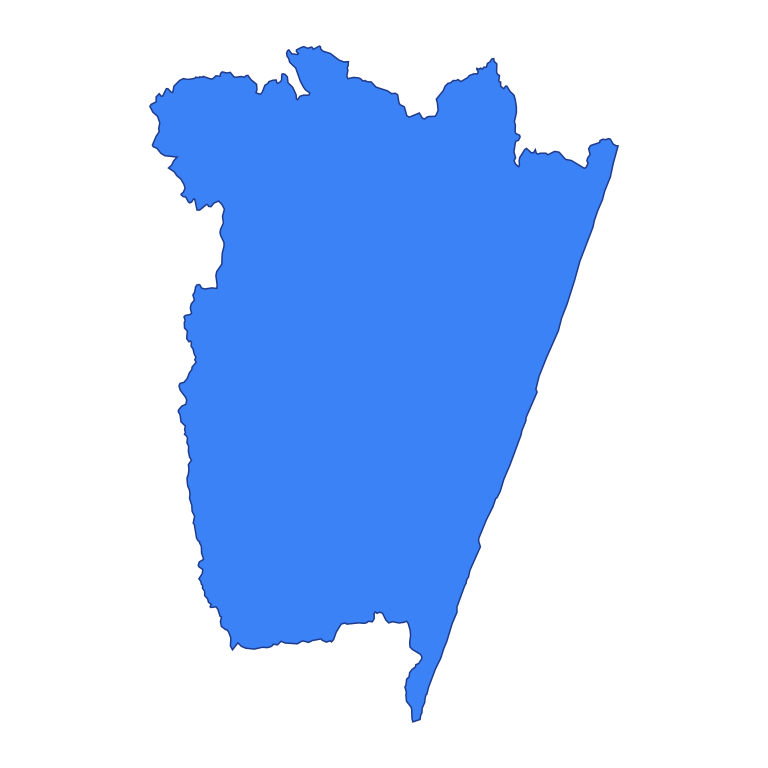 outline of Manakara Atsimo, Vatovavy-Fitovinany, Madagascar
{"feature_id": "10022922B29911348985828", "entity_name": "Manakara Atsimo", "entity_type": "district", "adm_level": 2, "iso_a3": "MDG", "parent_name": "Madagascar", "parent_adm1": "Vatovavy-Fitovinany", "projection": "natural_earth1", "projection_center": [47.828, -21.964], "detail": "fine", "context": "isolated", "style": "filled", "palette": "blue", "viewbox_px": 768, "rotation_deg": 0, "n_neighbors": 0, "source": "geoboundaries", "source_scale": "gbopen_adm2", "svg_char_len": 5982}
<svg xmlns="http://www.w3.org/2000/svg" viewBox="0 0 768 768"><path d="M159.2,93.7L156.1,97.0L156.2,101.8L151.1,104.4L149.9,106.4L152.9,112.2L157.6,116.4L159.8,122.9L158.7,128.4L159.1,131.9L156.2,136.2L152.4,145.1L153.2,146.7L156.8,148.2L161.0,153.4L164.8,155.7L177.1,157.1L173.6,160.9L171.8,165.0L168.5,168.0L174.2,171.8L176.9,175.8L180.9,179.1L184.0,184.5L185.1,188.3L183.2,192.4L181.2,194.0L181.1,194.8L183.2,196.6L185.8,197.1L188.3,201.8L189.7,202.9L191.6,202.0L193.6,198.9L194.8,199.4L197.0,210.0L199.7,210.1L206.5,204.5L207.6,204.6L208.6,206.4L211.0,206.7L213.9,203.1L218.7,201.0L222.1,204.8L224.4,209.2L222.5,216.3L223.4,223.0L220.6,229.3L220.0,232.4L220.6,235.4L224.0,242.5L224.0,246.3L222.2,253.5L221.8,264.1L216.7,271.6L215.9,275.6L217.1,284.8L216.8,288.4L211.7,287.9L204.8,289.0L201.5,288.0L200.2,285.3L198.9,284.5L196.9,285.0L195.6,286.8L194.6,292.2L192.9,295.0L194.4,300.1L191.4,303.7L190.6,306.2L190.4,308.7L191.6,313.2L190.1,314.5L185.2,315.5L184.0,316.9L185.2,320.6L184.3,322.4L184.5,328.0L187.3,331.0L186.7,338.6L189.0,341.8L190.4,341.0L191.4,342.2L191.1,346.2L193.0,349.0L194.3,354.3L195.9,357.1L194.8,359.8L196.1,362.3L192.1,367.0L191.8,369.5L189.4,372.8L187.2,378.5L184.0,382.3L180.0,383.4L179.0,385.9L180.3,390.3L185.4,397.0L186.7,400.0L185.9,404.2L181.7,406.2L178.5,410.0L178.3,411.6L180.1,414.9L181.0,421.8L185.4,426.2L184.6,429.3L185.4,432.6L184.5,434.4L186.5,435.9L187.5,438.1L186.9,442.7L188.6,446.2L188.4,451.6L189.6,457.2L191.5,460.2L188.4,464.5L188.9,469.2L188.4,473.9L187.0,478.0L187.3,482.7L187.8,486.2L189.5,490.2L190.0,494.4L189.5,498.3L191.8,505.3L192.1,511.3L194.6,516.2L193.2,523.2L194.3,524.4L196.5,537.8L197.6,540.1L199.7,541.9L199.4,542.6L201.3,546.2L201.6,553.3L203.2,557.8L203.4,559.5L199.4,561.8L198.2,565.3L199.1,567.0L202.4,569.2L202.7,570.4L202.2,573.7L198.9,578.8L200.9,581.5L201.3,584.0L202.6,585.6L202.5,588.2L204.6,591.3L204.7,595.7L207.6,598.9L208.5,602.3L211.2,604.3L210.1,606.8L210.9,607.5L215.9,606.8L217.8,609.1L220.1,616.3L221.5,617.0L220.4,621.7L221.4,626.4L225.6,629.7L226.6,629.5L228.5,631.8L230.9,638.0L230.4,645.8L232.5,649.8L237.9,642.9L241.5,646.4L245.8,648.2L254.3,649.1L262.1,647.3L267.5,647.6L270.7,646.7L272.6,645.5L273.1,644.2L277.5,644.8L281.1,641.3L285.1,643.0L297.3,643.8L301.6,641.3L303.3,641.0L308.6,642.4L312.1,640.6L321.1,638.9L322.2,640.3L326.3,642.1L330.3,640.8L331.5,641.9L333.6,639.6L336.3,632.0L341.2,624.1L344.8,623.0L346.9,624.1L358.8,622.9L364.1,623.3L366.5,622.8L368.4,621.3L372.3,621.8L374.2,618.7L374.1,613.6L375.2,611.9L377.0,613.3L379.6,612.2L382.5,613.2L385.9,620.1L388.7,622.9L392.7,621.7L399.0,623.0L404.0,622.3L406.5,621.2L408.2,623.4L410.1,630.2L410.6,635.2L409.7,642.4L410.0,647.0L412.4,649.5L420.5,654.4L421.9,657.0L421.6,659.0L418.6,663.6L415.9,664.6L415.4,667.0L412.0,669.5L409.6,672.7L409.1,676.8L406.6,679.2L405.9,685.3L404.9,687.0L406.4,692.5L405.9,694.9L406.5,701.3L410.9,706.9L411.7,709.4L412.0,718.6L412.8,721.9L420.1,719.5L420.6,715.5L421.9,712.7L422.2,708.1L424.7,702.5L425.1,698.0L426.0,694.8L426.8,694.3L428.7,686.9L435.3,669.3L440.7,658.3L443.7,648.8L446.7,641.7L452.1,623.8L457.0,612.2L456.9,607.1L464.6,586.0L466.1,583.3L466.7,579.8L468.5,576.9L469.9,570.4L480.4,546.8L478.7,541.3L478.8,538.3L486.4,519.8L492.8,507.0L495.6,498.8L497.1,497.6L500.3,491.1L503.8,479.4L510.1,464.6L521.0,435.1L521.8,430.9L525.9,420.7L526.0,417.7L537.1,392.1L535.9,389.2L539.1,376.2L546.8,356.9L558.4,330.7L561.6,318.1L567.0,304.3L574.4,281.0L579.9,261.2L592.9,227.3L594.4,220.4L597.8,210.5L602.5,199.6L604.7,191.1L610.4,176.9L613.2,163.6L618.1,145.9L615.9,145.7L613.0,143.9L610.4,139.2L608.7,138.6L605.4,139.7L602.8,139.2L600.0,140.6L599.7,142.5L590.6,145.5L588.6,148.7L590.1,154.4L587.6,158.1L586.9,160.8L588.1,163.2L586.1,167.3L584.3,168.3L571.4,160.5L565.6,159.4L559.1,152.2L554.6,151.4L547.8,154.8L545.9,153.2L540.5,153.2L537.8,154.1L536.3,153.2L535.3,149.7L533.6,152.7L531.2,152.7L526.5,148.4L524.7,149.6L519.8,157.5L519.1,160.8L519.5,165.2L518.6,166.7L515.6,164.1L514.1,160.8L515.6,157.7L513.9,151.9L515.4,142.4L516.0,141.1L518.4,140.4L520.1,137.1L519.6,135.2L515.9,133.6L515.1,131.6L515.4,125.3L514.4,121.6L516.4,112.7L516.4,107.0L515.3,99.9L514.0,95.2L510.0,91.3L506.9,86.2L505.6,86.1L503.8,88.7L500.6,86.2L500.7,82.1L499.4,81.8L498.8,80.7L499.5,75.5L497.5,74.3L496.6,72.1L496.8,63.9L494.2,61.4L493.7,58.6L491.8,59.0L490.1,61.7L487.5,63.4L486.3,67.3L483.8,67.2L482.2,69.2L480.5,68.1L478.8,69.3L477.0,68.3L476.7,69.1L478.2,71.7L477.6,73.8L473.6,73.9L469.2,75.6L467.8,77.5L460.9,81.6L458.1,79.6L456.0,80.6L453.2,80.5L450.7,82.7L447.9,83.4L445.2,86.1L443.2,90.7L436.3,99.2L437.3,102.3L438.1,110.3L436.2,114.9L435.1,116.3L429.0,116.5L426.7,117.2L424.9,118.9L422.5,118.3L419.3,113.0L409.5,117.1L406.9,115.9L404.3,106.8L400.1,104.7L399.0,102.9L397.7,94.9L395.4,93.3L391.5,93.6L387.6,90.9L376.0,87.1L371.3,82.0L366.7,81.6L365.2,80.5L362.8,81.1L361.1,79.1L358.9,78.0L353.6,77.4L347.9,78.7L346.8,76.0L347.9,70.1L347.1,67.7L348.1,66.0L348.4,61.7L343.7,61.9L338.9,60.0L330.2,53.4L322.8,51.1L320.7,48.9L320.4,46.6L319.3,46.1L313.3,49.3L312.2,47.4L311.1,47.1L307.8,48.3L303.9,46.7L301.6,47.3L296.5,49.9L296.4,51.4L298.4,53.7L297.4,54.5L291.7,53.8L288.9,49.9L287.6,50.7L286.6,53.0L287.1,56.2L288.7,58.6L289.7,62.3L295.7,68.0L300.5,81.6L303.7,87.4L305.6,90.0L309.7,92.9L309.4,94.5L308.1,95.2L303.8,95.1L299.9,96.3L297.6,99.7L296.5,99.1L296.1,94.7L292.7,87.3L288.0,82.7L287.3,76.8L285.2,74.5L283.4,73.8L282.1,74.0L281.7,75.2L281.6,79.9L280.7,81.5L277.8,83.4L276.9,82.9L276.2,80.0L273.0,80.2L268.8,81.7L267.8,83.5L264.9,85.3L262.3,92.1L260.5,94.3L256.0,92.8L257.0,89.6L256.5,84.2L250.9,79.6L247.9,75.4L246.0,75.7L244.4,77.2L241.1,76.5L236.0,77.3L233.9,76.8L230.3,72.4L227.0,73.0L222.2,71.9L220.6,73.4L220.1,76.3L215.9,75.8L212.7,78.9L210.1,78.8L203.2,76.4L202.6,77.2L199.6,76.9L199.1,77.6L195.7,77.2L195.1,78.2L191.5,79.0L187.2,79.4L183.4,78.6L179.7,80.4L174.0,86.1L172.8,92.1L171.5,92.5L168.0,88.8L166.4,88.6L162.7,96.0L161.3,96.3L159.2,93.7Z" fill="#3b82f6" stroke="#1e3a8a" stroke-width="1.5"/></svg>